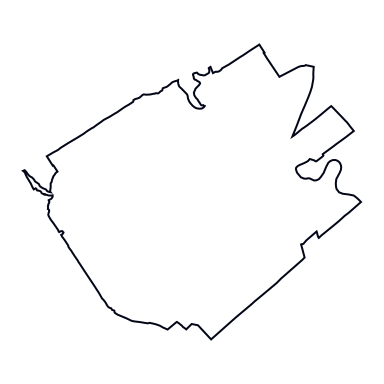 Siminicea, Suceava, Romania (Albers equal-area conic projection)
{"feature_id": "2599482B41742181273459", "entity_name": "Siminicea", "entity_type": "district", "adm_level": 2, "iso_a3": "ROU", "parent_name": "Romania", "parent_adm1": "Suceava", "projection": "albers", "projection_center": [26.395, 47.713], "detail": "fine", "context": "isolated", "style": "outline", "palette": "ink", "viewbox_px": 384, "rotation_deg": 0, "n_neighbors": 0, "source": "geoboundaries", "source_scale": "gbopen_adm2", "svg_char_len": 5777}
<svg xmlns="http://www.w3.org/2000/svg" viewBox="0 0 384 384"><path d="M343.2,118.4L333.0,107.8L331.2,106.1L327.7,108.9L321.3,114.3L314.3,120.0L306.6,125.8L303.0,128.3L302.5,128.5L296.3,133.7L294.9,134.8L292.4,136.5L296.8,125.6L301.2,113.9L302.1,111.9L302.5,110.9L302.8,110.2L304.4,106.6L308.3,97.3L309.5,94.1L310.2,92.4L311.6,87.9L311.9,87.0L313.2,79.8L313.4,77.5L313.3,74.1L313.4,71.7L313.7,66.8L305.7,65.1L304.8,65.7L303.9,65.9L302.8,66.0L302.0,65.9L300.3,66.3L299.6,66.5L297.9,67.2L279.4,76.8L269.2,61.6L267.1,58.5L263.7,53.0L264.5,52.6L259.3,44.6L255.3,47.2L251.2,49.8L242.3,55.8L240.7,56.7L228.9,64.5L222.1,68.3L221.5,69.3L221.0,69.9L219.6,71.0L218.6,71.5L217.9,71.7L216.9,71.8L215.4,71.8L213.0,73.1L210.8,67.6L210.5,66.9L208.9,67.9L208.7,68.2L209.1,69.3L209.4,70.3L209.4,70.7L209.2,71.2L209.2,72.0L209.1,72.5L208.7,73.0L208.2,73.4L204.8,75.3L203.8,75.4L201.5,75.0L200.6,74.9L199.4,74.6L198.8,74.2L198.3,74.0L197.8,73.6L197.3,72.9L196.9,72.6L195.0,73.1L194.5,73.1L193.5,73.6L193.4,73.7L193.3,74.1L193.0,74.4L193.0,74.7L193.0,75.0L193.3,75.6L193.8,77.2L193.7,77.7L193.8,78.1L194.2,79.0L194.7,79.6L195.2,79.6L196.3,80.1L197.2,80.9L198.4,81.5L199.4,82.1L199.8,82.6L200.0,83.1L200.1,83.6L199.9,83.9L199.4,84.4L199.1,85.1L197.6,86.5L197.2,87.0L196.3,87.8L196.0,88.3L195.4,88.9L195.3,89.1L195.1,89.8L195.0,90.2L194.0,92.2L193.9,92.6L193.9,93.0L194.1,93.5L194.2,94.7L194.3,95.2L194.5,95.6L195.8,97.7L196.5,98.6L197.1,99.0L197.9,100.0L198.7,101.6L199.6,102.7L200.9,104.9L201.2,105.1L201.9,105.4L202.4,105.4L202.8,105.2L203.2,105.1L203.4,105.2L203.7,105.6L203.9,105.8L204.7,106.0L204.3,106.8L203.6,107.4L201.9,108.5L201.5,108.6L199.2,108.7L197.1,108.4L196.2,108.1L195.6,107.9L194.3,107.1L192.6,105.7L190.9,103.8L189.9,102.5L189.2,101.4L188.4,99.6L188.1,98.8L187.9,98.0L187.7,96.0L187.3,95.0L187.0,94.3L185.1,92.3L181.5,88.6L179.5,86.8L179.3,86.5L179.0,86.0L178.5,84.7L178.3,83.6L178.1,82.5L178.0,81.5L178.1,80.1L176.7,80.8L175.3,81.1L172.6,82.1L171.6,82.8L170.1,84.3L169.2,84.9L167.7,86.2L166.4,87.0L163.6,87.9L162.8,88.3L162.2,90.4L161.1,91.0L160.0,91.8L159.0,92.8L158.1,93.4L155.7,93.2L154.9,93.6L153.4,93.8L150.1,94.5L146.0,94.7L143.9,94.4L142.4,95.0L141.6,95.9L140.3,96.9L139.8,97.5L137.7,98.4L135.4,99.0L133.5,100.0L133.4,100.4L133.2,101.8L128.9,104.6L124.7,107.0L119.2,110.8L117.9,111.8L115.3,113.3L108.7,117.3L107.1,118.1L103.6,120.0L100.7,122.2L97.2,124.6L93.0,127.7L92.1,128.0L87.1,131.2L83.6,133.8L77.3,137.7L68.5,142.9L60.4,148.0L59.0,149.2L57.7,150.1L55.7,151.2L53.7,152.2L46.8,156.3L52.8,165.7L53.4,165.4L54.5,167.0L57.5,171.6L56.4,172.4L55.5,173.3L54.2,175.3L53.6,176.0L53.2,176.5L53.0,177.6L52.5,178.5L51.9,180.5L51.6,181.9L51.4,182.4L50.9,182.9L50.7,183.5L50.6,184.1L50.7,185.8L50.7,186.9L50.5,188.6L50.1,191.0L50.1,191.5L50.6,192.2L48.3,191.7L47.6,191.3L46.8,190.7L46.1,189.6L45.8,189.4L42.6,188.1L40.2,186.5L39.6,185.8L39.1,184.4L38.6,183.8L35.9,182.0L34.9,181.2L34.2,179.8L32.8,178.2L31.9,177.4L29.7,176.2L28.0,174.4L26.1,171.7L24.6,170.2L23.0,170.9L24.4,172.0L25.0,172.9L25.8,174.9L27.1,177.5L30.9,183.7L31.9,186.0L32.8,187.8L33.8,189.4L35.5,188.3L36.4,188.8L36.8,190.1L37.0,190.3L37.3,190.5L38.1,190.5L39.2,190.8L39.9,191.0L40.7,191.5L41.2,192.2L41.5,192.9L41.9,193.3L42.5,193.7L44.1,194.0L44.1,194.3L45.2,194.3L45.3,194.8L45.7,194.7L46.5,194.8L48.3,195.4L48.9,195.5L51.6,195.5L52.6,195.3L52.7,196.0L52.5,197.0L52.2,197.5L51.8,198.2L51.1,198.9L49.3,199.9L48.7,200.1L48.7,200.3L48.8,201.0L49.2,201.4L49.3,201.9L49.2,202.6L49.0,203.2L48.7,203.5L48.3,204.3L48.3,205.5L47.9,206.0L47.9,206.5L48.1,207.8L48.0,208.3L47.9,209.1L48.4,209.3L48.9,209.8L49.1,210.2L49.1,210.8L49.1,211.5L48.9,212.3L48.6,212.8L48.6,213.4L48.3,214.5L48.3,215.0L48.8,216.3L50.9,219.9L53.0,222.6L57.9,229.7L58.8,231.7L59.2,232.1L59.6,231.9L60.1,231.5L61.0,231.2L62.2,231.1L62.5,231.3L62.7,231.7L63.5,232.4L63.5,232.6L63.4,232.9L63.1,233.2L62.9,233.6L62.6,233.9L62.4,234.2L62.2,234.4L61.2,234.9L62.1,236.7L64.6,240.0L67.2,244.0L68.2,245.5L68.3,246.2L68.4,246.7L69.3,248.2L71.3,250.8L72.5,252.8L75.0,256.6L77.7,260.5L78.7,262.3L79.7,263.7L83.4,269.4L86.3,273.8L93.3,284.3L99.2,293.4L100.6,295.9L102.2,298.7L103.2,299.5L105.6,302.6L106.7,304.7L108.0,306.7L109.5,307.8L110.7,308.1L111.3,308.4L111.9,309.7L112.3,310.0L114.1,310.5L114.4,310.8L114.5,311.4L114.5,312.1L114.6,312.5L115.1,313.0L117.7,314.7L126.4,318.3L131.1,320.6L132.4,321.0L133.7,321.3L136.7,321.7L139.5,322.0L146.0,323.1L147.9,323.3L148.6,323.2L149.1,323.0L149.5,322.8L151.1,323.2L151.9,323.3L155.9,324.3L159.1,325.4L161.0,326.3L162.0,327.0L163.9,327.9L166.0,328.8L166.8,329.2L167.6,329.5L176.5,322.1L176.9,321.9L178.8,323.2L182.0,325.8L182.7,326.7L183.6,327.4L185.3,328.6L186.2,329.4L191.7,324.0L198.0,325.3L211.1,339.4L235.4,317.8L251.7,304.1L254.5,301.5L260.8,296.3L276.7,283.0L281.0,278.6L302.3,259.9L304.6,257.5L301.1,244.4L301.7,244.1L302.7,244.1L303.5,243.7L306.4,240.3L316.6,231.5L317.0,232.6L317.5,234.9L318.2,237.0L318.8,237.9L321.7,235.2L332.4,226.5L338.7,221.3L344.7,215.8L348.8,212.7L361.0,202.0L358.7,199.6L356.0,197.2L353.7,195.5L348.2,194.4L342.9,193.8L339.1,192.3L336.6,189.1L336.0,186.6L335.8,183.3L336.3,179.1L339.6,172.9L340.8,170.1L341.2,167.7L341.0,165.6L340.0,163.1L338.8,161.7L337.3,160.7L335.4,160.0L332.6,160.1L330.1,161.2L328.3,162.8L326.3,166.6L323.6,173.0L320.9,176.9L319.0,179.1L316.4,180.3L314.2,180.5L311.3,179.2L309.5,178.3L307.9,178.3L306.2,178.7L304.1,178.6L300.9,177.3L297.0,172.6L295.9,169.2L296.1,167.8L297.4,166.3L299.6,165.0L303.7,163.3L305.9,162.2L307.8,161.2L309.5,159.4L309.8,159.0L313.0,160.0L314.5,160.5L315.4,161.2L315.9,161.3L316.5,161.2L319.1,159.2L321.7,157.2L323.2,155.9L323.4,155.5L323.2,155.0L322.8,154.5L322.8,154.1L334.4,145.6L335.9,144.4L345.8,137.2L353.8,131.0L349.4,125.5L349.0,124.9L346.8,122.1L345.2,120.6L343.2,118.4Z" fill="none" stroke="#020617" stroke-width="2"/></svg>